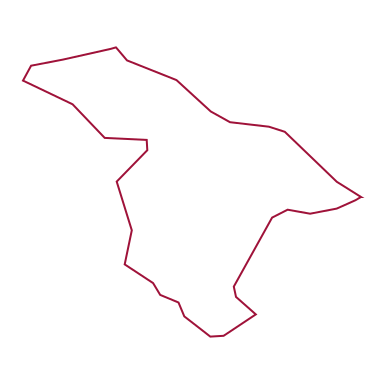 the Unitary Authority of North East Lincolnshire
{"feature_id": "GBR-2056", "entity_name": "North East Lincolnshire", "entity_type": "Unitary Authority", "adm_level": 1, "iso_a3": "GBR", "parent_name": "United Kingdom", "parent_adm1": "", "projection": "natural_earth1", "projection_center": [-0.125, 53.528], "detail": "fine", "context": "isolated", "style": "outline", "palette": "rose", "viewbox_px": 384, "rotation_deg": 0, "n_neighbors": 0, "source": "natural_earth", "source_scale": "10m", "svg_char_len": 570}
<svg xmlns="http://www.w3.org/2000/svg" viewBox="0 0 384 384"><path d="M116.0,47.4L127.0,60.4L176.5,80.1L210.8,111.5L230.0,122.2L268.9,126.7L284.8,131.8L336.8,181.8L361.0,197.0L360.9,197.0L355.5,200.2L353.3,201.2L336.7,208.6L310.1,213.7L287.6,209.7L272.1,217.6L233.8,286.6L236.0,296.9L255.8,314.4L223.6,335.8L210.3,336.6L184.3,316.4L178.5,302.5L160.2,294.9L153.1,283.1L124.7,264.4L131.8,230.3L116.7,181.6L147.3,150.2L146.7,139.9L104.7,137.9L72.6,104.3L23.0,80.6L31.1,65.7L62.9,59.6L111.0,48.8L115.9,47.4L116.0,47.4Z" fill="none" stroke="#9f1239" stroke-width="2"/></svg>